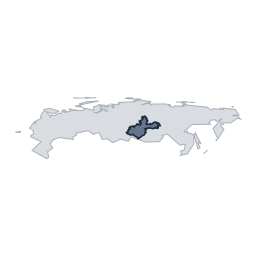 Russia, with Irkutsk highlighted
{"feature_id": "RUS-2602", "entity_name": "Irkutsk", "entity_type": "Region", "adm_level": 1, "iso_a3": "RUS", "parent_name": "Russia", "parent_adm1": "", "projection": "equal_earth", "projection_center": [107.861, 57.716], "detail": "fine", "context": "in_parent", "style": "filled", "palette": "slate", "viewbox_px": 256, "rotation_deg": 0, "n_neighbors": 0, "source": "natural_earth", "source_scale": "10m", "svg_char_len": 8322}
<svg xmlns="http://www.w3.org/2000/svg" viewBox="0 0 256 256"><path d="M187.6,153.7L180.3,155.4L181.5,154.0L180.7,151.0L184.0,150.4L185.4,144.2L179.9,145.2L167.4,134.1L162.3,135.5L163.3,137.0L159.5,141.7L145.4,142.1L130.8,136.7L128.3,141.3L120.9,139.1L113.0,142.6L107.4,138.9L102.2,139.3L98.9,132.4L93.5,134.3L87.9,130.7L75.9,133.2L76.5,135.1L72.8,137.1L73.5,139.4L58.9,137.5L52.8,140.1L50.2,143.9L52.7,148.1L47.6,151.6L48.7,157.3L46.6,158.6L32.1,150.4L41.1,141.6L30.8,136.8L30.9,135.1L33.5,134.3L33.0,130.4L29.6,128.2L33.4,123.2L36.5,122.9L33.9,121.9L41.6,118.2L40.4,116.9L42.6,112.3L44.6,111.3L43.9,109.6L49.5,108.3L58.7,111.2L54.2,113.5L49.2,112.8L47.8,112.1L46.5,112.0L50.4,116.8L51.0,114.8L54.2,115.7L59.2,112.9L61.2,113.6L62.6,109.9L65.6,110.2L66.1,111.0L63.5,111.6L65.0,112.5L76.0,109.5L74.8,110.5L83.1,110.4L85.5,108.4L94.2,110.4L93.4,106.9L100.2,104.8L101.7,105.1L100.0,106.5L100.8,110.2L97.3,112.6L94.1,112.5L97.7,113.2L102.9,109.7L104.6,109.5L105.0,111.1L107.2,111.4L106.1,109.6L101.3,109.3L102.6,107.5L101.5,106.5L104.1,104.9L104.7,106.7L107.7,107.1L108.6,107.1L105.3,105.9L108.5,105.4L113.9,106.2L112.3,107.5L113.3,108.1L114.4,106.2L111.4,104.1L118.6,104.6L119.9,103.8L118.0,103.0L119.5,102.4L134.4,101.8L133.6,101.2L139.8,100.1L151.3,101.7L140.9,105.0L147.1,103.6L150.4,103.7L150.6,104.9L150.8,105.1L151.3,105.1L151.7,104.1L164.2,103.9L169.9,104.6L170.4,105.7L168.4,105.4L172.9,107.3L174.5,105.9L183.7,106.4L182.3,105.5L184.1,104.8L207.0,107.1L211.4,110.1L213.5,108.6L223.4,109.7L222.3,108.1L235.2,109.5L239.1,114.9L237.6,115.6L235.0,114.9L232.3,115.5L237.4,116.0L240.6,119.1L237.4,118.4L230.8,122.9L221.6,122.8L220.6,126.0L223.9,129.2L217.8,138.9L213.0,128.4L221.9,118.8L216.2,121.8L215.5,119.8L211.3,120.1L208.6,123.1L210.3,124.2L192.0,124.5L184.0,131.7L193.7,134.5L193.8,143.8L187.6,153.7ZM98.8,101.0L82.4,104.4L79.3,103.9L86.6,101.8L98.8,101.0ZM195.2,132.5L200.7,143.4L198.0,142.3L200.0,147.9L197.8,148.8L194.5,136.4L195.2,132.5ZM75.1,106.1L82.1,104.5L79.9,105.9L82.0,107.3L75.1,106.1ZM178.6,102.3L183.6,101.5L188.4,102.1L178.6,102.3ZM129.6,98.3L135.1,99.1L127.4,98.7L129.6,98.3ZM127.9,97.7L132.9,97.9L125.7,98.1L127.9,97.7ZM137.1,98.8L141.3,99.4L134.3,99.9L137.1,98.8ZM189.5,102.4L192.1,102.2L195.1,102.5L189.5,102.4ZM15.4,132.4L20.4,131.3L19.9,132.6L15.4,132.4ZM77.8,98.0L80.8,97.9L74.9,98.2L77.8,98.0ZM184.0,103.8L187.2,104.4L182.5,104.2L184.0,103.8ZM71.7,109.3L69.7,109.8L69.1,109.5L70.3,108.9L71.7,109.3ZM83.5,97.8L86.3,97.7L87.6,97.8L83.5,97.8ZM92.7,97.8L91.3,98.1L89.3,98.0L89.9,97.8L92.7,97.8ZM95.3,97.9L93.1,97.8L96.4,97.7L95.3,97.9ZM83.6,107.7L84.0,108.6L82.8,107.9L83.6,107.7ZM128.3,98.4L126.3,98.6L125.2,98.4L128.3,98.4ZM85.3,97.5L88.8,97.4L87.5,97.6L85.3,97.5ZM233.3,107.0L231.6,106.9L232.8,106.4L233.3,107.0ZM75.3,97.9L77.4,97.9L73.1,98.0L75.3,97.9ZM100.5,104.5L98.4,104.6L100.5,104.5L100.5,104.5ZM149.2,103.1L150.1,103.5L148.6,103.3L149.2,103.1ZM221.1,108.4L220.0,108.7L219.1,108.4L221.1,108.4ZM88.2,98.1L86.7,98.0L89.2,98.1L88.2,98.1ZM88.1,97.6L89.0,97.8L87.2,97.7L88.1,97.6ZM207.2,149.9L206.9,150.8L206.0,151.9L207.2,149.9ZM85.5,98.1L86.5,98.3L85.1,98.3L85.5,98.1ZM108.4,105.3L106.8,105.5L106.5,105.5L108.4,105.3ZM223.7,124.7L222.4,124.5L223.4,124.1L223.7,124.7ZM183.7,103.4L183.2,103.7L182.7,103.4L183.7,103.4ZM187.3,131.1L187.7,132.0L187.0,131.8L187.3,131.1ZM216.9,139.3L216.3,140.7L215.9,140.3L216.9,139.3ZM83.1,98.2L81.6,98.2L81.2,98.2L83.1,98.2ZM109.5,104.6L109.1,105.0L108.8,104.9L109.5,104.6ZM177.6,102.0L176.8,102.2L177.0,101.8L177.6,102.0ZM203.9,153.0L205.5,151.9L204.0,153.3L203.9,153.0Z" fill="#d9dde1" stroke="#a8b0b8" stroke-width="1"/><path d="M135.5,125.5L136.2,125.3L136.4,125.1L136.7,124.9L136.8,124.8L136.8,124.6L136.6,124.6L136.6,124.4L136.6,124.2L136.9,124.1L137.2,124.1L137.4,123.9L137.5,124.0L137.9,124.0L137.9,124.4L138.2,124.5L138.7,124.6L138.7,124.8L139.1,124.9L139.3,125.0L139.9,125.0L140.0,124.9L139.9,124.8L139.9,124.7L140.4,124.4L140.7,124.3L140.6,124.0L140.6,123.9L140.5,123.7L140.2,123.7L140.0,123.3L140.3,123.2L140.9,123.1L140.9,122.8L140.8,122.6L140.9,122.4L140.7,122.3L140.1,122.3L139.8,122.2L139.6,121.8L139.7,121.6L139.5,121.4L139.8,121.4L139.7,121.3L139.8,121.1L140.1,120.9L140.3,120.9L140.2,120.7L140.7,120.5L140.8,120.3L141.3,120.2L141.6,120.1L141.6,119.9L142.0,119.6L142.2,119.4L142.3,119.2L142.1,119.2L142.3,119.1L142.7,118.9L142.6,118.7L142.8,118.7L142.4,118.5L142.4,118.4L142.0,118.2L141.9,117.9L142.3,117.9L142.3,117.7L142.2,117.7L142.3,117.5L142.6,117.6L142.4,117.3L142.6,117.1L142.8,116.8L142.6,116.6L142.9,116.6L143.2,116.7L143.3,116.6L143.5,116.6L143.8,116.7L144.0,116.5L144.7,116.5L144.8,116.5L144.7,116.2L144.4,116.2L144.8,116.1L145.1,116.2L145.1,116.3L145.4,116.5L145.3,116.8L144.8,116.8L144.8,117.0L144.6,117.1L145.2,117.1L145.5,117.2L145.8,117.2L146.0,117.4L146.1,117.5L146.3,117.6L146.3,117.8L146.4,118.1L146.6,118.3L146.4,118.4L146.3,118.7L146.1,118.7L146.1,118.8L146.4,119.0L147.0,119.0L147.1,119.3L146.6,119.8L146.6,120.0L147.0,120.3L146.9,120.7L147.3,120.8L147.7,120.9L147.8,121.0L147.5,121.5L147.2,121.7L147.3,121.9L147.1,122.1L146.9,122.4L146.8,122.6L146.8,122.8L146.7,123.0L146.5,123.4L146.2,123.7L146.3,123.8L146.2,123.9L146.5,124.0L146.7,124.4L146.8,124.4L147.0,124.5L147.6,124.5L147.9,124.4L148.0,124.3L148.0,124.2L148.6,124.1L148.8,124.2L149.0,124.1L149.3,124.0L149.5,124.1L149.9,124.0L150.3,123.6L150.4,123.8L150.4,124.0L150.9,124.0L150.7,124.1L150.6,124.3L150.6,124.6L150.9,124.5L150.8,124.4L151.3,124.2L151.8,124.2L152.0,124.0L152.0,123.9L152.2,123.6L152.4,123.5L152.5,123.3L152.8,123.3L152.8,123.2L153.0,123.2L153.5,122.8L153.4,122.7L153.5,122.6L153.8,122.5L154.4,122.1L155.0,122.0L155.5,122.1L156.3,122.2L156.8,122.6L156.9,122.8L157.3,122.8L157.2,122.9L157.0,123.0L157.2,123.4L157.0,123.5L157.3,123.6L157.8,123.7L158.0,123.6L158.4,123.5L158.7,123.5L158.9,123.6L159.4,123.8L159.5,124.0L159.3,124.2L159.4,124.4L159.6,124.5L159.7,124.8L159.7,125.0L160.1,125.4L160.0,125.6L160.1,125.8L159.4,125.9L159.2,125.8L158.9,125.6L158.7,125.5L158.0,125.5L157.8,125.6L157.9,125.9L157.7,126.0L157.7,126.3L157.3,126.5L157.4,126.8L157.6,126.8L157.5,127.0L157.7,127.3L157.8,127.3L157.8,127.5L158.0,127.4L158.3,127.4L158.3,127.6L158.1,127.6L158.2,127.8L158.1,128.0L157.9,128.2L157.7,128.0L157.3,128.2L157.3,128.3L157.0,128.4L156.7,128.3L156.4,128.2L156.0,128.2L155.4,128.0L155.5,127.8L156.1,127.6L155.6,127.5L155.4,127.7L154.9,127.7L154.5,127.7L154.4,127.8L154.5,127.9L154.2,128.2L154.1,128.4L153.7,128.4L153.6,128.5L153.2,128.4L153.0,128.6L152.9,128.7L152.7,128.6L152.3,128.5L152.1,128.5L151.4,128.4L151.2,128.3L151.1,128.1L150.8,128.1L150.5,128.1L150.3,128.0L149.9,128.1L149.6,127.9L149.5,127.7L149.3,127.7L149.2,128.0L148.9,128.2L148.3,128.1L148.1,128.2L147.8,128.0L147.3,127.9L147.1,128.1L147.1,128.3L146.9,128.4L146.4,128.4L146.3,128.5L146.0,128.5L145.7,128.6L145.4,128.6L145.5,128.7L145.2,129.0L145.6,129.2L145.8,129.6L146.2,129.7L146.1,129.8L145.8,129.7L145.6,129.9L145.5,130.3L145.4,130.3L145.4,130.5L145.4,130.9L145.5,131.0L145.4,131.3L145.4,131.5L145.5,131.6L145.4,131.6L145.4,132.0L145.2,132.3L145.9,132.4L145.9,132.5L145.0,133.6L144.5,134.7L141.7,136.1L141.1,136.9L140.6,137.2L140.1,137.5L139.4,137.7L139.4,138.0L139.3,138.3L139.2,138.3L138.7,138.3L138.1,138.6L138.2,138.1L137.8,137.9L137.4,138.0L137.2,137.7L137.3,137.3L136.6,137.0L136.3,136.7L135.8,136.4L135.6,136.6L135.4,136.5L135.3,136.4L135.0,136.2L134.7,135.9L133.9,135.5L133.2,134.9L133.2,134.7L133.0,134.4L132.7,134.5L132.4,134.5L132.1,134.8L131.7,134.9L131.6,135.0L131.1,135.0L131.2,134.9L130.7,134.8L130.2,134.9L130.1,134.7L129.7,134.6L129.6,134.4L129.1,134.4L128.9,134.2L128.7,134.0L128.4,134.0L128.1,133.7L127.8,133.8L127.6,133.9L126.9,133.2L126.4,132.8L126.4,132.6L126.5,132.5L126.8,132.5L127.0,132.2L127.7,132.3L127.8,132.0L128.0,131.7L127.8,131.4L128.0,131.3L127.9,131.3L128.0,131.0L128.4,130.8L128.3,130.6L128.3,130.4L128.2,130.3L128.3,130.2L128.2,130.1L128.5,129.9L128.6,129.6L128.8,129.5L129.1,129.6L129.2,129.4L129.4,129.3L129.4,129.0L129.9,128.9L129.9,128.7L129.7,128.7L129.8,128.3L129.4,128.2L129.6,128.0L129.4,128.0L129.2,127.8L130.2,126.5L131.3,126.5L131.5,126.6L131.8,126.6L132.3,126.5L132.4,126.3L132.7,126.0L133.2,126.0L133.3,126.4L133.6,126.6L133.6,126.9L134.1,127.2L134.4,127.0L134.4,126.9L134.2,126.7L134.3,126.6L134.2,126.4L134.5,126.4L134.7,126.1L135.0,125.8L135.3,125.8L135.5,125.5Z" fill="#64748b" stroke="#1e293b" stroke-width="1.5"/></svg>